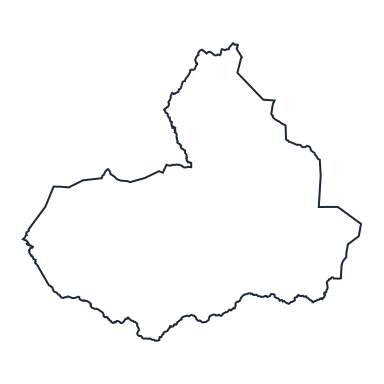 Machaze, Manica, Mozambique (Natural Earth projection)
{"feature_id": "85939544B88211826741163", "entity_name": "Machaze", "entity_type": "district", "adm_level": 2, "iso_a3": "MOZ", "parent_name": "Mozambique", "parent_adm1": "Manica", "projection": "natural_earth1", "projection_center": [33.202, -20.936], "detail": "fine", "context": "isolated", "style": "outline", "palette": "slate", "viewbox_px": 384, "rotation_deg": 0, "n_neighbors": 0, "source": "geoboundaries", "source_scale": "gbopen_adm2", "svg_char_len": 5978}
<svg xmlns="http://www.w3.org/2000/svg" viewBox="0 0 384 384"><path d="M237.4,44.6L234.8,44.8L234.0,44.4L233.6,43.4L233.0,43.3L229.2,47.5L228.7,49.3L226.3,49.3L225.5,50.0L224.6,50.1L222.4,49.2L221.8,49.3L221.3,50.3L220.7,54.2L219.8,55.2L217.9,54.5L216.4,55.3L214.6,55.3L211.3,52.5L209.9,51.8L208.8,51.9L206.6,53.4L202.1,49.7L200.3,50.4L199.3,51.2L198.1,53.6L198.4,55.2L197.2,55.8L196.6,56.6L195.2,59.6L196.0,62.9L197.0,63.1L197.2,63.7L197.1,64.3L195.7,66.2L195.0,68.8L193.7,69.8L190.9,69.7L190.1,70.3L190.2,71.9L189.8,72.8L188.2,75.6L185.3,79.3L185.0,80.9L182.7,81.8L181.1,87.3L180.4,88.8L178.9,89.4L178.5,91.7L174.9,93.5L174.6,94.0L173.9,94.1L172.5,92.8L172.0,93.1L170.7,96.2L170.8,97.8L170.5,98.7L168.4,102.4L169.0,103.6L168.7,105.6L168.1,106.5L164.4,109.3L164.7,109.6L164.4,110.3L165.3,111.0L165.4,112.2L166.1,113.0L167.0,113.2L167.8,114.2L167.5,115.2L168.1,116.0L168.6,117.4L169.9,117.7L169.7,119.3L170.1,120.8L171.3,121.9L171.3,122.4L171.9,122.3L171.4,125.0L172.3,127.0L172.4,127.9L173.3,127.7L172.9,127.1L173.2,126.5L175.2,127.8L174.5,129.1L174.6,129.6L175.3,129.5L175.4,129.9L174.9,131.0L175.2,131.6L174.7,132.3L176.1,133.2L176.5,134.1L176.7,136.0L176.4,137.1L177.0,137.9L176.8,139.2L177.7,141.1L177.3,141.8L177.5,142.9L179.8,144.1L180.0,144.6L181.0,145.4L180.8,146.6L181.2,147.8L182.0,148.8L183.2,149.2L184.6,150.7L185.0,150.6L185.2,153.2L186.3,154.4L186.6,155.3L186.4,156.3L186.9,157.1L187.0,157.5L186.2,158.4L186.9,159.6L186.8,160.8L188.0,161.6L188.1,162.3L189.6,162.2L190.0,162.8L191.2,162.9L191.2,167.2L188.1,166.8L185.8,167.5L183.9,167.3L183.2,167.0L182.0,165.8L178.8,164.8L176.6,164.5L175.8,164.9L172.5,164.9L171.4,165.4L169.0,165.6L166.5,164.8L162.8,172.7L159.0,171.2L145.1,177.9L130.0,182.2L127.3,181.1L120.6,180.6L116.7,179.0L114.5,176.7L110.6,174.1L109.8,171.3L108.5,169.4L107.7,169.2L105.2,171.7L103.7,174.9L102.4,175.8L101.7,178.2L82.9,180.3L68.8,187.4L60.2,186.7L53.6,186.6L45.4,206.7L28.6,229.4L28.7,231.0L26.4,232.5L26.3,234.0L26.9,235.1L26.0,235.4L24.6,237.8L23.0,239.2L24.9,240.2L26.1,240.3L28.2,242.7L28.2,243.8L26.9,243.8L27.3,244.7L28.5,245.0L28.4,244.3L28.8,244.1L29.7,245.5L30.7,245.5L33.0,247.0L32.6,247.6L30.2,248.2L29.7,249.6L29.0,250.1L29.0,250.7L29.5,251.3L29.2,252.2L29.5,253.1L30.6,254.8L31.4,255.2L31.2,255.8L31.5,256.4L32.3,256.4L32.9,257.1L33.4,258.9L35.6,260.0L35.3,260.9L35.7,261.5L35.0,262.3L35.1,262.9L37.0,264.7L48.7,284.9L49.3,285.6L50.4,285.8L51.5,287.0L52.4,287.3L52.7,289.1L54.1,291.7L56.6,292.5L57.9,294.3L59.5,294.9L60.3,296.4L61.6,297.6L63.6,297.9L64.8,297.2L66.1,297.3L68.1,296.4L72.7,298.2L74.9,297.9L78.5,296.7L79.0,297.0L80.1,299.6L82.6,300.7L83.3,300.4L83.7,300.8L84.1,300.4L84.5,300.8L85.9,300.8L87.6,301.3L90.8,303.6L91.0,304.9L90.4,305.3L90.5,305.7L91.9,307.7L95.0,308.9L96.5,308.8L97.9,309.3L102.6,312.4L103.8,315.0L103.5,315.7L103.7,316.3L105.1,317.3L106.7,316.9L107.6,317.4L107.7,318.4L108.8,319.0L109.3,320.1L110.8,320.9L111.3,322.0L112.7,322.9L113.7,322.9L114.4,321.9L115.7,322.4L116.4,321.2L117.2,320.9L119.3,321.6L120.9,323.0L122.5,322.8L123.4,322.1L125.5,318.8L126.8,319.0L127.7,317.6L128.4,317.6L129.3,319.0L131.6,320.7L133.1,320.9L134.0,321.9L135.1,321.9L137.2,323.6L137.1,325.6L138.4,327.8L138.6,328.8L139.1,329.7L137.3,333.0L137.2,333.9L137.9,335.1L138.9,335.9L141.2,336.1L142.0,337.0L142.3,338.0L143.2,338.5L147.1,338.5L148.6,338.9L150.0,338.4L151.9,339.6L154.1,339.9L155.0,340.7L157.5,340.7L159.3,340.0L159.5,337.2L159.9,336.9L160.9,337.2L161.4,336.8L162.4,334.7L163.4,334.1L163.4,333.1L164.0,332.3L167.3,331.0L169.1,328.2L170.2,327.4L170.0,326.3L171.0,326.1L171.8,326.6L173.0,326.5L173.6,326.0L173.7,325.3L174.2,324.5L175.0,324.3L175.7,324.7L176.6,324.3L177.3,322.3L178.8,321.4L179.4,320.5L181.6,319.4L181.4,318.2L183.1,316.8L187.7,315.6L188.4,316.1L189.3,316.1L191.0,315.0L191.8,315.0L193.0,315.6L194.2,315.7L195.9,317.5L196.2,318.9L198.0,320.7L198.8,320.9L199.9,320.5L202.3,322.4L206.1,321.9L208.6,320.0L209.5,316.7L210.4,315.8L213.6,314.5L215.1,314.7L215.9,315.5L217.9,315.3L219.0,314.7L220.4,315.8L221.3,315.8L223.6,313.3L225.9,312.2L227.2,312.0L229.4,309.8L230.1,309.7L230.7,310.4L231.1,310.4L233.3,308.1L233.9,308.5L234.7,308.4L235.7,305.3L235.4,304.0L235.6,303.1L236.9,301.8L238.3,301.8L239.8,300.7L241.2,297.5L241.8,297.1L242.4,296.0L244.9,294.4L246.7,294.2L247.1,293.8L250.0,293.2L250.8,293.9L252.3,293.7L253.5,295.1L256.7,294.7L258.0,296.1L260.0,296.3L261.0,296.8L263.6,296.8L265.4,295.9L266.2,296.0L267.0,297.0L269.7,296.2L271.1,294.1L273.4,294.1L274.6,294.8L274.5,296.3L274.7,296.9L276.8,298.1L278.5,298.5L279.7,300.7L280.9,300.1L282.0,300.1L282.8,301.5L284.0,301.0L285.6,302.4L288.5,303.8L289.2,303.6L291.0,301.9L292.0,302.0L293.9,301.0L294.9,300.1L294.6,298.3L294.9,297.7L297.0,297.0L297.5,295.5L298.7,295.0L299.1,295.7L301.2,296.1L302.8,295.7L304.0,296.7L306.1,296.3L306.6,297.4L307.7,297.8L309.8,299.9L311.7,300.6L312.0,301.5L313.0,302.3L314.1,301.4L316.5,300.6L317.4,299.9L319.1,299.7L320.3,298.5L321.3,298.3L321.8,299.1L322.5,299.2L323.2,297.8L324.1,297.3L324.3,296.2L325.0,295.5L325.1,294.9L325.0,294.5L324.3,294.2L324.1,293.0L324.5,292.6L325.7,292.5L326.2,291.8L326.6,290.0L327.1,289.4L327.7,287.5L327.3,286.1L327.4,284.7L326.9,283.5L327.0,281.8L327.4,281.1L328.6,280.5L329.0,279.3L330.5,278.9L331.5,277.6L332.1,277.3L332.9,277.4L333.9,278.5L339.6,278.6L341.1,278.2L340.9,276.9L341.6,265.3L342.6,261.9L344.0,259.7L346.3,257.1L346.3,253.7L347.8,244.4L358.8,236.2L361.0,223.9L337.7,206.9L318.8,207.0L320.7,175.5L319.8,159.8L317.7,158.6L316.9,156.7L315.2,154.8L314.6,153.1L311.1,150.5L310.1,147.6L309.5,146.9L307.5,145.9L306.7,145.9L305.3,147.1L302.9,147.2L301.7,146.6L300.9,145.4L299.7,144.8L296.7,144.8L289.9,141.8L288.8,141.8L288.4,140.6L287.2,140.4L286.1,139.3L285.5,125.3L281.5,123.4L278.9,121.3L277.5,120.9L277.1,120.4L275.2,119.5L273.0,117.4L272.8,116.6L273.0,115.9L272.1,115.3L271.3,114.0L272.8,104.4L274.5,100.5L263.2,99.7L237.4,72.8L241.1,58.0L241.9,57.4L236.7,48.9L236.9,47.7L237.3,47.4L237.3,46.4L237.9,45.2L237.4,44.6Z" fill="none" stroke="#1e293b" stroke-width="2"/></svg>